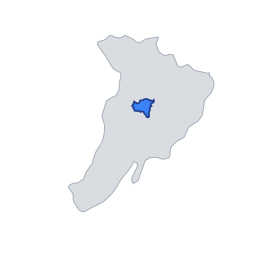 Constanza, La Vega, Dominican Republic (highlighted), rotated 114°
{"feature_id": "3306468B51834332245466", "entity_name": "Constanza", "entity_type": "district", "adm_level": 2, "iso_a3": "DOM", "parent_name": "Dominican Republic", "parent_adm1": "La Vega", "projection": "orthographic", "projection_center": [-70.661, 18.86], "detail": "fine", "context": "in_parent", "style": "filled", "palette": "blue", "viewbox_px": 256, "rotation_deg": 114, "n_neighbors": 0, "source": "geoboundaries", "source_scale": "gbopen_adm2", "svg_char_len": 4920}
<svg xmlns="http://www.w3.org/2000/svg" viewBox="0 0 256 256"><g transform="rotate(114 128 128)"><path d="M44.5,168.3L44.8,159.3L46.2,155.6L44.9,151.7L39.2,147.6L35.7,142.2L32.6,137.5L33.3,136.8L39.6,136.7L41.8,135.0L46.0,130.2L46.9,126.3L46.6,123.4L43.8,119.9L42.8,116.2L46.2,113.0L50.6,108.3L51.3,106.5L51.2,104.7L46.0,99.8L45.7,97.6L48.1,92.3L47.9,88.7L45.6,77.6L44.5,76.0L46.8,75.1L48.3,71.8L50.3,68.8L53.0,67.3L56.0,66.3L62.0,66.4L70.3,69.0L72.7,69.0L80.6,66.7L87.2,65.4L93.5,66.9L96.0,68.9L101.1,72.0L103.7,73.0L111.8,72.9L114.0,73.2L120.9,78.5L126.6,80.5L129.9,80.6L135.9,78.6L138.9,78.6L142.3,83.1L143.0,89.5L145.9,95.4L150.3,99.1L171.8,97.4L176.6,100.4L174.9,103.0L171.9,104.3L161.7,103.8L157.2,104.1L156.3,106.7L156.3,109.0L162.3,109.5L168.2,110.7L174.2,112.5L180.3,113.8L187.2,114.5L193.9,115.8L205.2,120.3L217.8,130.6L221.2,133.0L223.4,136.2L222.4,140.3L218.0,147.0L215.5,149.1L211.9,150.5L209.4,153.2L207.0,157.9L205.5,158.3L203.8,158.1L200.7,155.5L198.5,151.5L192.5,147.8L185.3,148.3L174.8,146.2L168.4,147.3L162.0,147.6L155.4,146.5L148.9,146.2L142.3,147.6L136.0,150.1L133.6,151.6L129.5,155.4L127.4,156.8L111.9,158.7L107.4,156.0L103.3,152.2L97.3,151.7L88.7,154.6L83.2,155.6L81.0,156.9L80.4,158.3L80.4,163.6L79.1,166.8L70.7,178.9L65.9,187.4L63.9,190.1L61.6,190.6L57.5,185.7L54.8,183.9L51.6,183.0L50.2,180.4L50.3,176.6L49.4,173.0L47.4,170.2L44.5,168.3Z" fill="#d9dde1" stroke="#a8b0b8" stroke-width="1"/><path d="M101.8,133.2L102.0,133.1L102.4,133.0L102.5,133.0L103.0,133.0L103.3,133.0L103.5,132.9L103.9,132.9L104.1,132.9L104.3,133.0L104.5,133.1L104.9,133.2L105.3,133.2L106.0,133.2L106.3,133.2L106.5,133.0L106.5,132.9L106.5,132.7L106.4,132.6L106.4,132.3L106.3,132.1L106.6,131.9L106.8,131.9L106.9,131.6L107.1,131.4L107.2,131.2L107.3,131.1L107.5,131.1L107.8,131.2L108.0,131.1L108.0,130.9L108.0,130.7L108.0,130.4L108.1,130.2L108.3,130.0L108.3,129.9L108.7,129.7L108.9,129.6L109.2,129.4L109.4,129.3L109.6,129.2L109.6,128.9L109.5,128.6L109.4,128.5L109.3,128.3L109.3,128.0L109.3,127.9L109.2,127.7L109.0,127.4L108.9,127.3L108.9,127.2L108.8,126.9L108.9,126.7L108.9,126.3L108.8,126.2L108.7,126.1L108.4,125.7L108.1,125.6L107.9,125.4L107.8,125.2L107.8,124.8L107.9,124.7L108.0,124.4L108.1,124.2L108.2,123.9L108.4,123.6L108.4,123.4L108.2,123.2L107.9,123.0L107.8,122.9L107.8,122.5L107.8,122.4L107.7,122.4L107.4,122.0L107.3,121.8L107.2,121.7L106.9,121.4L106.9,121.2L106.8,120.5L106.9,120.4L106.9,120.2L107.1,120.1L107.4,120.0L107.5,119.9L107.6,119.7L107.6,119.3L107.7,119.2L107.8,119.1L108.0,119.1L108.3,118.9L108.5,118.5L108.5,118.4L108.6,118.1L108.7,117.8L108.7,117.5L108.7,117.4L108.8,117.3L109.0,117.1L109.1,116.8L109.3,116.4L109.4,116.2L109.5,116.2L109.8,116.1L110.1,116.0L110.3,115.8L110.4,115.7L110.3,115.3L110.3,115.2L110.4,114.9L110.4,114.7L110.1,114.3L110.1,114.2L110.1,113.8L110.1,113.7L109.9,113.6L109.5,113.5L109.3,113.4L109.1,113.4L108.9,113.4L108.7,113.5L108.4,113.5L108.2,113.7L108.2,113.8L107.6,114.0L107.3,114.3L107.2,114.4L106.9,114.3L106.7,114.4L106.7,114.5L106.8,114.7L106.8,114.8L106.7,115.0L105.9,115.0L105.7,115.1L105.3,115.3L105.2,115.3L105.0,115.2L104.9,115.1L104.4,115.3L104.2,115.3L104.0,115.2L103.9,115.2L102.9,115.2L102.6,115.2L102.2,115.5L101.9,115.6L101.5,115.6L101.3,115.7L101.0,115.8L100.9,115.9L100.8,116.0L100.7,116.1L100.6,116.3L100.4,116.4L100.2,116.4L99.9,116.4L99.7,116.3L99.4,116.1L99.0,116.1L98.9,116.0L98.8,115.7L98.7,115.6L98.5,115.4L98.4,115.3L98.2,115.3L98.1,115.6L98.2,115.8L98.2,116.2L98.2,116.3L98.2,116.5L97.9,116.6L97.7,116.7L97.3,116.7L97.1,116.7L96.8,116.8L96.7,116.8L96.4,116.8L96.1,116.7L95.8,116.7L95.7,116.6L95.5,116.4L95.2,115.9L94.9,115.5L94.8,115.3L94.7,115.3L94.5,115.2L94.4,115.1L94.2,115.1L93.2,115.1L92.8,115.2L92.5,115.3L92.2,115.4L92.2,115.5L91.9,115.9L92.2,115.9L92.5,115.9L92.8,115.9L92.8,116.0L93.2,116.3L93.3,116.3L93.5,116.4L93.6,116.5L93.6,116.9L93.4,117.0L93.2,117.3L93.2,117.6L93.3,117.7L93.4,118.0L93.4,118.3L93.5,118.3L93.8,118.6L93.9,118.8L94.0,118.9L94.0,119.1L94.1,119.3L94.3,119.4L94.3,119.5L94.2,119.8L93.7,119.9L93.6,120.0L93.7,120.3L93.7,120.7L93.7,121.3L93.7,121.5L93.8,121.8L93.9,122.0L93.7,122.4L93.7,122.5L93.8,122.8L94.1,122.9L94.3,123.1L94.4,123.3L94.6,123.7L94.6,123.8L94.7,124.1L94.8,124.3L94.8,124.7L94.8,124.8L95.0,124.9L95.1,125.0L95.4,125.2L95.7,125.3L95.9,125.3L96.0,125.4L96.3,125.4L96.5,125.5L96.7,126.0L96.8,126.3L97.1,126.6L97.2,126.8L97.4,127.1L97.4,127.3L97.5,127.6L97.6,127.8L97.7,128.0L97.8,128.1L98.0,128.3L98.3,128.2L98.5,128.1L98.8,127.9L99.1,127.9L99.3,127.9L99.6,128.0L99.8,128.1L100.0,128.1L100.3,128.2L100.7,128.2L100.8,128.2L100.9,128.3L101.0,128.4L101.1,128.5L101.3,128.9L101.7,129.2L101.9,129.4L101.9,129.5L101.9,129.8L101.7,130.2L101.5,130.4L101.5,130.5L101.6,131.0L101.9,131.3L102.0,131.6L102.0,131.8L101.9,132.0L101.7,132.1L101.5,132.3L101.5,132.5L101.4,132.7L101.4,132.8L101.2,132.9L101.2,133.0L101.2,133.3L101.3,133.3L101.6,133.2L101.8,133.2Z" fill="#3b82f6" stroke="#1e3a8a" stroke-width="1.5"/></g></svg>